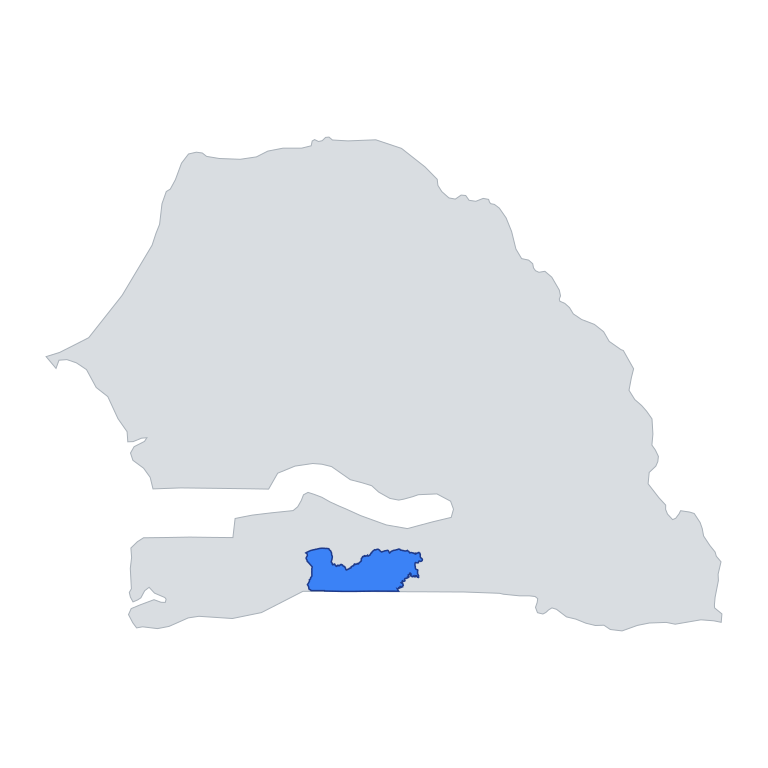 Kolda, Kolda, Senegal (highlighted)
{"feature_id": "50182788B77977720497228", "entity_name": "Kolda", "entity_type": "district", "adm_level": 2, "iso_a3": "SEN", "parent_name": "Senegal", "parent_adm1": "Kolda", "projection": "mercator", "projection_center": [-14.609, 12.87], "detail": "fine", "context": "in_parent", "style": "filled", "palette": "blue", "viewbox_px": 768, "rotation_deg": 0, "n_neighbors": 0, "source": "geoboundaries", "source_scale": "gbopen_adm2", "svg_char_len": 8849}
<svg xmlns="http://www.w3.org/2000/svg" viewBox="0 0 768 768"><path d="M623.3,350.5L633.6,368.8L631.4,377.5L629.0,390.3L634.8,399.6L641.7,405.6L646.6,411.2L652.0,418.9L652.9,434.1L651.9,445.1L655.4,450.1L658.4,456.4L657.8,461.6L655.8,466.2L649.2,472.4L648.1,483.8L658.8,497.6L665.7,505.1L665.6,509.4L667.5,514.1L672.6,519.6L675.7,518.3L679.1,513.8L680.6,510.7L689.8,512.1L694.2,513.5L700.1,522.5L702.2,528.5L703.6,536.0L709.8,545.4L715.1,552.0L716.3,556.2L721.0,561.8L718.1,574.2L718.4,580.5L715.1,597.2L714.4,605.0L714.6,607.9L721.9,613.9L721.2,622.3L713.8,620.8L700.9,619.8L675.2,624.2L666.3,622.4L649.4,623.0L637.4,625.4L622.1,630.9L610.3,629.5L603.9,625.2L595.4,625.5L585.9,623.2L575.8,619.1L566.5,616.9L556.5,609.3L551.9,607.9L548.6,609.9L545.8,612.5L542.9,614.0L537.5,612.7L535.5,607.4L537.2,602.4L537.7,598.6L535.1,596.5L529.0,595.8L519.2,595.8L503.3,594.2L499.7,593.3L464.2,592.0L427.3,591.8L396.1,591.7L356.6,591.5L328.9,591.4L303.0,591.3L283.1,601.5L261.4,612.6L232.4,618.5L198.9,616.3L188.2,617.9L177.2,622.8L169.0,626.4L157.5,628.6L142.6,626.8L136.6,627.9L132.8,622.8L128.5,614.6L131.2,608.6L140.3,604.8L154.0,599.7L161.1,602.3L165.3,602.4L166.1,599.2L164.8,597.5L154.5,593.1L149.1,587.3L144.7,590.7L140.9,597.8L137.7,599.9L133.0,601.9L130.4,597.1L129.3,592.4L131.4,588.8L130.3,568.4L131.6,557.5L130.9,548.0L137.4,541.7L143.5,537.8L167.4,537.5L189.7,537.1L211.1,537.4L232.9,537.6L235.1,518.5L242.0,517.1L252.4,515.1L271.7,512.8L293.1,510.6L297.7,506.8L301.3,500.5L303.5,494.8L308.0,492.4L314.0,494.3L321.9,497.3L330.0,501.9L339.4,506.2L345.6,508.8L360.6,515.6L386.2,524.9L407.3,528.6L432.8,521.8L451.2,517.4L453.5,509.2L450.6,501.2L436.9,493.9L418.3,494.7L412.6,496.7L403.9,499.1L398.7,500.1L389.9,498.4L378.7,492.1L371.7,485.7L361.9,482.7L350.3,479.7L331.6,466.6L321.9,464.2L312.7,463.5L295.0,466.1L277.7,473.2L268.6,489.1L251.3,488.8L214.6,488.3L180.8,487.9L153.0,488.9L150.2,477.4L143.6,468.2L132.9,460.3L130.5,453.0L134.1,446.7L144.5,441.4L146.9,437.7L141.4,438.2L133.2,441.6L127.8,441.8L127.1,431.7L118.0,418.7L107.8,396.6L96.2,387.5L86.5,369.6L76.3,362.8L66.9,359.6L59.0,360.2L56.0,368.4L46.1,356.6L59.7,352.4L88.7,337.7L122.1,295.4L152.1,245.2L156.0,233.3L159.6,224.3L162.0,203.7L166.3,191.5L170.3,189.1L175.4,179.7L181.5,163.2L188.5,154.0L196.3,152.2L202.3,153.0L206.6,156.4L219.3,158.5L240.2,159.3L256.4,156.9L267.8,151.1L282.8,148.2L301.5,148.2L311.2,145.8L312.2,141.0L314.6,139.6L318.5,141.5L322.2,140.7L325.6,137.4L329.0,137.1L332.4,140.0L348.0,140.9L375.8,139.8L401.5,148.4L425.0,166.9L437.2,179.3L437.9,185.4L441.8,191.6L448.9,197.9L455.3,199.1L461.1,195.1L465.7,195.5L469.1,200.3L475.8,201.3L483.2,198.4L488.6,199.4L489.5,202.2L490.8,203.7L494.4,204.4L499.3,208.1L506.1,217.9L511.6,231.5L515.9,249.0L521.6,258.6L528.6,260.1L532.7,263.7L533.5,267.9L535.5,270.7L538.9,272.3L544.9,271.3L551.8,277.2L559.3,290.1L560.5,295.9L559.3,299.0L559.8,301.2L564.8,303.4L569.5,307.6L573.3,313.9L581.6,319.5L594.4,324.4L603.6,331.7L609.2,341.4L620.9,349.6L623.3,350.5Z" fill="#d9dde1" stroke="#a8b0b8" stroke-width="1"/><path d="M311.1,590.6L324.5,590.6L324.6,591.0L325.5,591.0L342.4,591.4L354.4,591.4L366.1,591.2L375.6,591.1L398.6,591.2L398.0,590.3L397.3,588.9L397.5,589.0L398.2,588.6L399.1,588.2L398.8,587.6L399.1,587.5L399.8,587.9L400.0,587.8L400.2,587.6L400.0,587.2L400.1,586.5L400.3,586.5L400.3,587.2L400.3,587.4L400.7,587.6L401.2,587.4L401.2,587.0L401.4,586.9L402.0,587.0L402.6,586.8L402.4,586.3L402.4,586.1L402.6,586.0L403.1,585.6L403.3,585.3L403.3,585.0L402.8,584.3L402.8,583.6L402.6,583.1L402.4,582.9L401.4,583.1L401.2,582.8L401.8,582.8L402.1,582.6L402.1,581.6L402.1,581.2L402.5,580.7L402.7,580.8L402.9,581.2L403.0,581.3L403.4,581.4L403.9,581.4L404.9,580.9L405.0,580.6L404.9,580.4L404.8,580.1L404.6,580.0L404.5,579.8L404.5,579.2L404.8,578.8L404.9,578.5L405.4,578.3L405.9,578.5L406.3,578.4L406.5,578.1L406.9,578.2L408.1,577.6L408.3,577.2L408.7,577.2L408.8,577.1L409.0,576.9L409.0,576.7L408.9,576.4L408.7,576.3L408.1,576.8L407.9,576.7L408.2,576.5L408.4,576.0L408.3,575.7L408.5,575.5L408.3,575.2L408.3,574.7L408.8,574.6L409.6,574.1L409.8,574.1L410.0,574.4L410.4,573.8L410.3,573.6L409.9,573.5L409.7,573.4L409.7,573.2L410.1,573.0L410.7,573.5L411.1,574.1L410.7,574.4L410.7,575.7L410.8,575.9L410.9,576.0L411.1,575.9L411.5,576.0L412.2,576.8L412.4,576.7L412.4,576.4L412.8,576.5L413.3,576.1L414.0,575.7L414.1,575.9L413.8,575.9L413.5,576.1L413.7,576.5L413.8,576.6L414.0,576.6L414.6,576.4L414.9,576.8L415.0,576.9L415.3,576.7L415.6,576.6L415.8,576.5L415.7,576.2L415.4,576.0L415.6,575.7L415.9,575.7L416.4,575.7L416.4,576.0L417.0,576.7L417.6,577.3L418.5,577.5L418.7,577.2L418.4,575.9L418.6,575.6L418.2,575.0L418.0,574.3L417.6,573.8L417.5,573.1L417.6,572.7L417.5,571.8L417.8,570.4L417.7,570.1L417.6,569.8L416.6,569.6L415.8,569.1L415.3,567.9L415.3,566.3L415.1,566.1L414.9,565.0L415.0,563.8L415.2,562.8L415.5,562.5L417.2,562.9L417.7,562.7L418.0,562.8L418.4,562.7L418.5,562.0L418.6,561.7L418.9,561.2L419.1,561.0L419.7,561.0L420.3,561.4L420.7,561.4L421.2,561.3L421.8,560.9L422.2,560.5L422.4,559.5L422.3,559.2L421.7,558.4L421.4,558.2L421.0,558.0L420.7,557.6L420.4,557.1L420.2,556.3L420.3,555.2L420.2,554.7L420.3,554.5L420.0,554.1L420.0,553.3L419.7,553.1L419.1,552.8L419.0,552.6L418.8,552.7L418.5,552.5L418.3,552.5L417.9,553.0L416.8,553.2L416.3,553.5L416.0,553.3L415.7,554.1L415.3,554.0L415.0,553.9L414.9,553.3L414.7,553.3L414.6,553.5L413.8,553.4L413.2,553.1L413.1,552.9L412.6,552.9L412.4,552.9L411.4,552.5L410.6,552.6L409.9,552.9L409.8,552.6L409.2,552.2L408.7,551.3L408.3,551.2L407.7,550.9L407.4,550.4L406.3,550.9L405.7,551.0L404.4,550.9L403.1,550.5L402.7,550.6L402.1,550.3L401.0,550.1L400.7,550.2L400.4,550.0L400.0,549.6L399.9,549.3L399.8,549.2L398.3,549.1L397.4,549.6L396.5,549.7L395.5,550.1L393.3,550.4L392.6,550.9L392.0,551.0L391.2,551.4L390.6,552.0L389.8,552.9L389.5,553.0L388.5,551.0L388.3,550.7L387.9,550.4L387.6,550.4L387.3,550.3L386.5,550.6L384.8,550.8L384.0,551.2L382.5,551.6L381.8,552.0L381.3,551.8L380.3,551.1L379.7,550.5L379.6,550.2L379.1,549.8L378.9,549.8L378.1,549.2L377.7,549.2L376.7,549.5L376.3,549.5L375.8,549.9L375.2,549.9L374.7,549.7L374.4,549.9L372.6,551.3L371.8,552.3L371.7,552.8L371.5,553.0L371.1,553.0L370.8,553.5L370.5,554.1L370.4,554.4L370.1,554.6L370.1,554.9L369.9,555.2L369.3,555.4L368.5,556.0L368.1,556.1L367.8,556.0L367.4,555.5L367.4,555.3L366.7,555.9L366.3,555.9L365.7,556.2L364.9,555.6L364.6,555.6L364.4,555.7L364.6,556.1L364.6,556.3L364.4,556.3L363.9,556.3L363.2,556.7L362.9,556.5L362.6,556.6L362.5,556.8L362.4,557.3L362.1,557.9L361.7,558.1L361.4,558.4L361.3,558.8L361.3,559.3L361.3,559.8L361.4,560.1L361.4,560.5L361.0,560.9L361.0,561.4L360.6,561.5L360.2,562.0L359.7,562.3L359.4,562.7L358.9,563.0L358.6,563.3L358.6,563.7L358.3,563.9L358.1,563.7L357.3,563.5L357.0,564.1L356.8,564.2L356.4,564.2L355.9,564.0L355.4,564.4L355.0,564.6L354.9,564.6L354.5,564.0L354.3,564.1L353.9,564.8L353.6,565.7L353.2,565.9L352.6,565.9L351.2,566.8L351.3,567.2L351.0,567.4L350.9,567.8L350.8,568.0L350.1,568.1L349.7,568.4L349.4,568.3L348.7,569.0L348.4,569.1L348.1,569.3L347.5,569.4L347.1,569.8L346.7,569.8L346.5,570.0L346.3,570.0L345.7,569.1L345.5,568.0L345.0,567.5L344.9,566.9L344.4,566.8L344.1,566.6L344.0,566.2L343.1,566.0L342.9,565.8L342.6,565.1L342.4,564.9L341.9,564.8L341.4,564.5L341.1,564.8L341.0,564.7L340.8,564.5L340.6,564.6L340.1,564.9L339.5,565.7L339.2,565.8L338.9,565.6L338.7,565.5L338.3,565.7L337.9,565.2L337.8,565.3L337.8,565.6L337.7,565.7L337.2,565.8L336.8,566.2L336.3,566.4L335.9,566.0L335.8,565.5L335.1,565.1L334.9,564.4L334.6,564.0L334.1,564.1L333.9,564.2L333.8,564.5L332.9,564.8L332.7,564.8L332.4,564.5L332.5,564.3L332.2,563.4L331.9,563.0L331.8,562.6L331.3,562.2L331.2,562.0L331.8,559.7L332.0,559.3L332.0,558.7L332.2,558.1L332.3,557.3L332.3,556.2L332.1,555.8L331.7,555.2L331.5,552.8L330.8,551.3L330.6,550.8L329.9,550.3L329.4,549.9L329.1,549.2L329.0,548.9L328.4,548.6L327.9,548.6L326.6,548.4L325.4,548.5L324.7,548.3L324.1,548.3L323.9,548.4L323.7,548.3L322.7,548.2L321.6,548.3L321.4,548.2L320.8,548.4L320.2,548.3L318.6,548.7L318.4,548.7L316.2,549.3L315.3,549.3L314.9,549.6L313.9,549.7L312.7,550.0L312.4,550.0L312.2,550.2L311.6,550.3L311.4,550.3L310.7,550.5L309.6,551.0L309.0,551.3L308.6,551.4L308.4,551.6L307.4,552.0L306.8,552.4L306.5,552.4L305.8,552.9L306.9,553.6L307.1,554.0L307.3,554.5L307.4,555.2L307.3,555.8L306.4,557.3L306.1,558.0L306.2,558.8L306.6,559.3L307.1,560.3L307.1,560.9L307.2,561.3L307.5,561.7L307.9,561.9L312.2,566.8L312.1,567.8L311.8,568.6L311.8,569.4L311.9,570.3L311.8,571.9L311.9,575.4L311.8,576.2L311.5,576.7L310.8,577.4L310.6,577.7L310.6,578.6L310.5,578.9L310.2,579.3L309.6,579.5L309.4,579.6L309.4,580.1L309.5,580.7L309.5,581.1L309.1,581.8L308.3,583.4L307.5,584.4L307.4,584.7L307.5,584.9L307.8,585.2L308.1,585.6L308.6,586.8L308.9,588.7L309.2,589.3L309.3,589.5L309.7,589.5L310.0,589.6L310.5,589.8L310.7,590.0L311.0,590.3L310.9,590.4L311.1,590.6Z" fill="#3b82f6" stroke="#1e3a8a" stroke-width="1.5"/></svg>